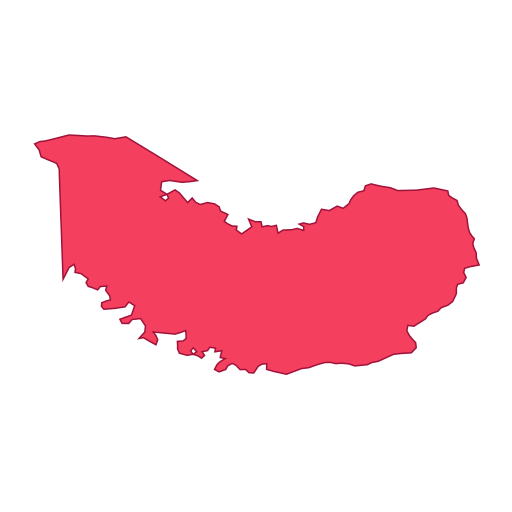 the district of Marmeleiro, Paraná, Brazil, rotated 271°
{"feature_id": "56859067B94130308653150", "entity_name": "Marmeleiro", "entity_type": "district", "adm_level": 2, "iso_a3": "BRA", "parent_name": "Brazil", "parent_adm1": "Paraná", "projection": "equal_earth", "projection_center": [-53.099, -26.246], "detail": "fine", "context": "isolated", "style": "filled", "palette": "rose", "viewbox_px": 512, "rotation_deg": 271, "n_neighbors": 0, "source": "geoboundaries", "source_scale": "gbopen_adm2", "svg_char_len": 2960}
<svg xmlns="http://www.w3.org/2000/svg" viewBox="0 0 512 512"><g transform="rotate(271 256 256)"><path d="M156.6,194.8L155.2,199.6L152.9,203.3L155.7,206.3L159.3,203.7L160.6,209.2L163.9,211.4L163.2,217.1L159.5,216.6L160.7,223.4L153.9,222.0L152.9,227.0L149.8,222.0L146.7,218.9L141.9,216.5L139.5,221.0L142.0,227.7L145.7,229.7L148.2,234.0L146.5,237.8L142.1,242.1L142.4,247.5L139.2,251.0L139.0,255.8L145.7,260.1L148.0,263.8L148.5,268.6L142.8,268.6L140.8,276.3L138.3,288.5L144.2,303.4L145.3,310.9L148.6,319.6L150.7,326.5L150.9,332.5L149.8,337.7L150.3,343.1L149.8,350.6L147.8,356.8L149.3,369.3L151.6,373.9L152.8,379.9L160.1,395.2L161.1,402.9L161.9,413.0L167.1,417.8L172.2,417.1L175.7,413.7L179.1,410.8L183.8,408.1L189.3,409.0L188.5,415.0L192.7,421.4L196.2,426.7L199.5,428.8L202.1,433.6L203.9,438.7L207.5,442.0L210.2,448.8L213.8,453.3L217.7,455.2L222.0,457.0L227.6,456.9L231.2,458.1L232.8,463.7L238.2,466.5L243.2,463.9L247.4,464.9L249.1,470.4L250.9,479.3L257.4,476.5L263.3,476.0L268.0,473.7L272.6,472.5L277.0,474.0L279.7,471.6L283.1,469.2L287.8,467.7L292.4,467.0L297.4,466.3L301.9,464.7L305.7,461.0L310.2,457.5L315.0,456.1L317.6,451.0L320.1,447.6L324.4,446.6L327.1,432.7L324.6,415.1L323.9,396.6L326.7,388.8L327.7,381.3L328.6,376.5L330.1,369.9L328.1,364.2L323.1,362.7L321.5,356.7L317.7,352.4L313.6,349.6L310.0,348.1L305.2,342.3L307.3,336.3L302.7,328.5L303.9,320.7L296.5,317.1L290.3,315.2L288.6,308.9L289.9,302.9L288.6,298.7L286.3,303.2L282.4,303.2L284.3,296.7L282.9,291.4L282.4,282.5L279.2,277.7L287.0,275.8L285.8,271.2L286.5,266.8L285.3,261.6L290.3,260.4L290.3,254.4L292.8,247.9L285.1,251.3L277.8,241.2L281.6,235.9L285.4,236.4L285.6,231.6L287.8,226.9L290.1,223.7L297.0,227.2L300.3,219.8L304.5,218.3L307.4,213.6L308.6,206.6L306.5,199.3L308.6,194.8L312.9,191.2L308.2,186.7L317.8,178.2L320.7,173.9L316.1,165.9L320.1,159.4L324.8,159.9L328.6,160.4L330.0,168.3L328.4,180.9L329.3,189.3L330.4,195.9L350.7,161.7L372.9,123.9L370.8,112.8L372.1,104.6L373.3,92.4L373.0,85.1L373.4,75.8L373.7,66.7L369.6,52.0L367.2,42.6L366.7,38.0L364.2,32.7L358.3,37.3L351.4,39.5L348.7,46.1L346.7,51.3L345.1,55.1L339.4,57.8L332.9,58.0L329.5,58.2L323.2,58.5L316.2,58.9L306.5,59.4L291.0,60.2L282.5,60.7L255.8,62.1L229.4,63.5L241.2,69.3L244.5,74.2L240.2,75.8L236.5,75.3L235.3,81.4L230.2,88.6L226.3,86.6L222.7,88.8L221.5,92.9L219.4,98.3L222.7,100.8L223.4,107.3L219.1,106.3L213.6,110.4L209.6,111.2L208.4,107.0L206.6,102.6L203.0,102.3L200.1,104.9L201.2,116.1L202.9,126.0L207.8,129.6L204.2,135.6L194.7,132.5L190.4,121.0L186.3,123.3L186.3,129.9L190.4,133.3L191.4,141.7L184.2,146.7L178.1,146.2L171.5,140.5L172.4,144.8L169.0,150.8L165.5,157.5L170.4,159.2L174.8,157.3L178.2,154.5L176.5,176.5L178.0,181.3L180.2,187.0L175.6,187.5L172.3,187.6L169.7,184.4L169.3,178.9L165.4,179.2L161.8,179.2L157.5,181.1L155.5,188.8L156.6,194.8ZM316.1,165.9L312.4,167.6L309.6,164.5L313.5,159.2L316.1,165.9ZM156.6,194.8L160.0,192.4L163.1,194.8L159.3,198.4L156.6,194.8Z" fill="#f43f5e" stroke="#9f1239" stroke-width="1.5"/></g></svg>